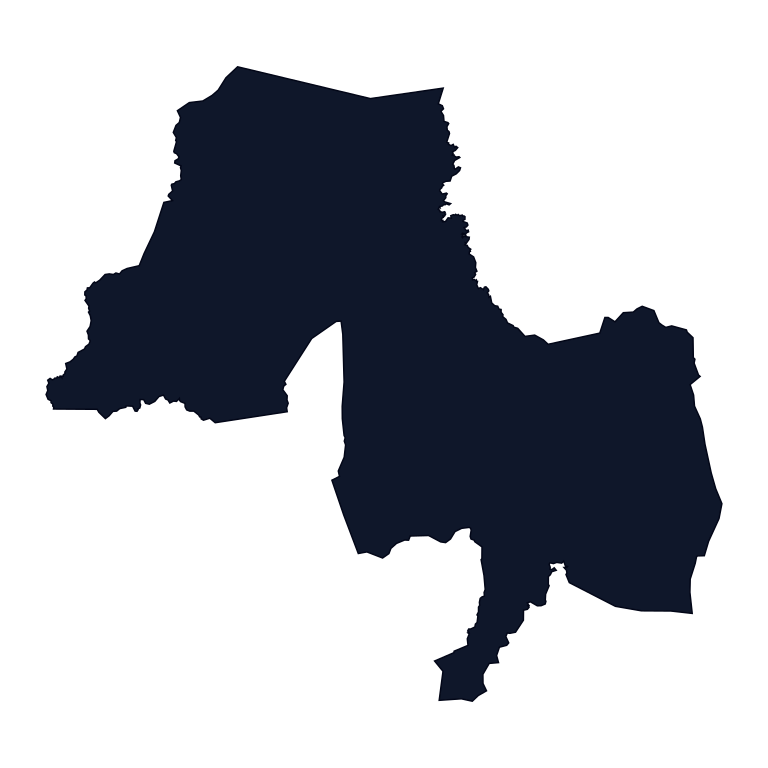 the district of Jasikan, Volta, Ghana
{"feature_id": "2480657B79217814678772", "entity_name": "Jasikan", "entity_type": "district", "adm_level": 2, "iso_a3": "GHA", "parent_name": "Ghana", "parent_adm1": "Volta", "projection": "orthographic", "projection_center": [0.477, 7.375], "detail": "fine", "context": "isolated", "style": "filled", "palette": "ink", "viewbox_px": 768, "rotation_deg": 0, "n_neighbors": 0, "source": "geoboundaries", "source_scale": "gbopen_adm2", "svg_char_len": 6063}
<svg xmlns="http://www.w3.org/2000/svg" viewBox="0 0 768 768"><path d="M237.6,66.8L226.0,77.7L218.2,90.1L212.1,95.4L202.8,101.0L189.3,102.6L177.4,110.7L180.5,117.4L179.3,122.5L176.0,125.4L173.3,132.4L176.4,137.6L175.7,140.5L176.5,141.7L173.8,151.3L174.3,152.7L176.6,153.7L179.1,157.0L178.0,159.0L175.0,160.7L174.7,163.0L181.1,165.9L180.5,167.6L181.3,170.5L180.7,175.7L181.3,179.5L179.6,180.8L175.9,181.8L174.4,183.6L171.8,184.2L171.3,185.2L172.6,191.0L168.8,194.3L168.2,196.0L172.5,200.6L163.9,202.4L154.4,231.8L144.1,253.5L139.2,265.7L127.1,268.5L122.1,270.8L119.5,274.0L115.9,273.0L113.4,274.5L109.3,273.9L105.1,274.5L99.7,280.2L95.7,282.9L94.5,282.0L93.1,283.1L89.7,287.8L87.4,287.9L87.0,290.0L84.9,291.8L84.8,295.0L85.9,295.6L86.3,298.5L85.0,300.4L89.0,306.1L88.6,308.2L89.6,311.1L88.5,312.1L90.3,315.7L91.2,320.7L90.1,326.5L87.0,331.2L88.4,334.9L88.5,338.9L90.0,340.3L90.0,341.6L88.9,344.2L85.5,346.7L84.5,349.0L78.1,352.4L76.9,356.0L74.9,356.9L73.2,359.3L69.9,361.9L65.7,363.5L66.9,369.0L64.8,372.1L65.2,373.3L63.2,375.1L63.3,376.3L61.6,376.2L61.8,377.7L60.1,376.1L59.3,377.6L57.3,376.8L56.8,378.0L54.6,378.2L53.8,379.3L52.3,379.8L50.1,378.4L47.7,380.2L48.9,383.2L46.9,386.6L47.8,390.5L46.1,394.5L48.1,399.3L51.0,400.7L51.1,402.7L52.9,404.1L52.8,406.1L53.8,407.2L53.5,409.0L97.2,409.3L98.9,412.3L105.4,418.6L109.1,415.8L112.9,411.4L116.7,411.1L119.7,408.6L125.8,407.3L126.2,405.9L132.6,406.2L135.1,411.1L137.0,411.3L138.1,409.7L137.6,408.9L139.8,408.0L140.6,404.9L139.9,403.0L140.1,399.5L143.7,399.6L145.6,403.3L149.3,404.2L154.8,401.4L159.0,396.5L163.5,395.1L165.6,399.0L168.0,400.0L169.8,403.0L173.5,401.1L176.5,401.4L179.4,398.4L179.6,400.4L180.6,401.6L185.0,403.4L185.1,406.9L186.7,409.9L189.7,411.1L193.8,411.1L198.7,415.0L199.7,416.9L201.2,417.3L201.1,418.8L203.5,420.2L209.8,418.2L215.2,422.7L287.2,411.7L286.6,407.8L288.2,403.2L287.0,400.0L287.2,395.7L282.8,389.7L283.7,386.2L285.9,384.3L284.3,381.3L311.7,338.5L336.2,321.4L341.1,321.1L342.8,334.4L344.1,382.0L342.2,406.3L342.3,418.7L344.1,435.5L345.2,437.7L344.3,441.1L345.6,444.9L344.2,457.2L338.3,471.0L339.5,476.4L331.9,480.2L343.7,514.9L358.3,553.5L366.9,551.9L382.6,558.0L388.9,553.6L390.9,548.4L396.5,543.4L404.7,540.0L408.6,540.2L410.2,536.0L428.6,535.5L440.7,541.9L445.6,542.6L450.5,539.0L455.0,531.6L461.7,528.3L469.2,527.4L470.5,528.1L471.2,530.1L470.2,536.4L471.0,539.0L474.1,540.1L474.8,541.7L482.0,546.9L481.9,558.7L481.1,559.6L484.0,575.5L485.2,589.5L484.1,592.5L484.4,596.1L482.0,596.9L480.2,598.4L479.4,602.3L479.7,605.3L478.5,607.1L478.5,611.9L477.0,614.9L477.9,616.0L477.1,622.5L475.4,624.1L474.9,627.0L470.7,629.0L468.7,629.0L467.7,631.0L468.8,632.2L467.8,632.8L469.3,633.7L467.3,638.8L468.0,645.4L454.1,651.2L453.9,652.7L434.6,661.0L443.0,671.3L439.2,700.3L461.4,698.8L472.3,701.2L478.3,695.5L486.5,690.8L483.0,683.5L482.9,674.3L489.2,663.4L498.5,662.6L496.6,655.5L499.4,647.2L506.7,645.3L508.7,642.9L505.8,636.5L507.3,633.0L509.9,633.3L515.5,632.2L523.4,620.2L523.5,610.2L527.4,609.3L529.0,607.4L527.2,604.9L529.5,606.3L527.3,602.8L530.4,601.8L537.3,605.8L541.1,605.7L545.2,604.0L545.9,601.3L545.3,600.0L545.6,594.2L549.1,585.7L548.3,584.3L548.4,576.5L550.3,574.8L551.8,571.7L556.2,570.3L554.2,567.8L551.9,569.6L550.0,569.2L550.2,567.2L549.1,564.2L550.1,562.8L553.4,563.6L556.7,562.4L561.7,563.1L563.7,561.1L565.4,566.0L567.6,566.5L567.0,567.4L564.0,567.5L566.5,570.3L566.9,573.1L566.0,574.5L569.3,582.6L615.4,606.3L641.4,610.8L670.9,611.0L692.2,613.4L689.9,592.3L690.2,579.1L695.2,563.4L696.5,556.9L697.4,555.9L704.3,555.7L708.6,541.3L719.0,518.6L721.9,503.7L715.7,488.7L711.2,472.9L705.0,444.3L702.4,427.0L700.3,418.9L694.5,406.1L693.6,395.1L690.1,384.6L700.1,376.4L698.5,375.0L694.1,363.1L694.9,359.2L693.3,357.6L693.0,337.7L687.2,332.2L686.4,329.9L671.7,325.9L665.8,327.4L662.0,325.1L658.9,322.7L653.9,310.6L642.2,306.3L637.0,308.9L633.3,312.1L623.3,312.7L615.0,321.8L608.2,317.5L604.9,317.5L599.8,333.1L548.1,344.3L543.4,339.9L534.7,335.1L525.0,336.4L517.7,328.3L513.9,327.2L513.1,325.6L507.5,322.9L506.0,319.4L502.7,316.6L503.0,314.7L501.1,312.3L501.1,309.5L499.0,309.1L497.7,306.2L494.7,305.7L491.7,302.9L490.4,296.3L489.0,297.3L488.6,294.6L487.3,292.8L488.8,290.9L488.3,289.3L485.9,286.8L484.4,287.2L483.4,289.6L480.4,287.7L478.4,288.6L476.7,284.7L477.5,281.4L476.6,281.3L476.4,280.1L475.8,280.7L474.5,279.5L472.6,279.8L472.3,277.7L473.8,277.4L475.6,274.5L474.7,272.6L476.9,271.2L475.4,267.5L475.8,262.7L473.6,256.9L469.2,254.0L469.4,251.8L470.4,251.3L469.9,249.9L470.7,249.2L468.2,247.5L467.2,245.4L464.9,244.8L465.7,243.8L465.3,242.7L466.4,243.1L469.0,239.4L469.3,237.2L464.9,236.5L465.7,235.7L465.1,235.5L462.5,237.8L461.9,236.9L463.2,236.1L462.7,234.6L461.6,234.1L462.4,233.2L463.7,233.5L463.0,234.4L464.7,234.1L465.3,235.0L466.3,233.0L468.6,231.8L468.2,230.1L466.3,230.7L464.1,227.5L466.4,226.9L467.9,225.1L467.2,223.0L462.8,221.4L463.2,220.2L464.9,219.4L465.0,216.7L463.9,215.9L462.7,216.3L462.3,215.1L459.5,215.7L458.2,214.5L457.1,215.3L455.6,214.3L454.6,215.1L453.3,214.7L450.8,215.7L451.3,218.2L448.1,217.8L445.5,221.5L442.7,221.8L442.9,220.5L441.4,220.5L441.8,218.2L443.4,217.3L443.0,215.9L444.5,216.1L445.6,214.1L444.7,213.5L445.2,212.3L444.5,211.7L442.5,212.3L439.9,211.6L439.7,210.2L438.2,209.3L439.0,207.7L440.1,207.9L439.6,206.5L442.5,205.9L443.7,204.5L445.0,204.8L446.3,203.8L449.1,204.9L450.6,203.6L444.5,201.8L443.4,200.7L445.8,197.7L445.8,195.7L447.2,193.8L446.4,193.1L442.3,194.1L439.8,190.8L439.8,189.6L441.9,187.6L441.7,186.8L443.7,185.2L442.4,184.0L442.9,182.7L445.9,181.3L450.1,181.0L451.7,176.2L456.3,173.8L459.6,170.5L460.5,167.8L458.4,166.9L455.2,169.2L454.4,168.6L453.9,165.4L452.7,164.3L454.6,160.5L459.8,157.5L459.0,156.7L456.3,157.1L454.2,155.9L454.0,154.9L452.4,155.1L453.1,153.4L452.5,151.8L455.3,150.4L457.7,147.6L456.0,146.3L454.6,147.4L453.2,144.4L451.0,145.6L448.4,144.3L448.7,143.0L446.7,142.2L449.5,133.5L449.0,131.6L447.3,130.2L446.9,126.7L448.7,123.6L447.9,122.6L444.0,121.4L443.5,115.5L440.9,111.3L443.5,108.8L442.3,105.7L438.3,103.8L443.2,88.1L370.4,98.6L237.6,66.8Z" fill="#0f172a" stroke="#020617" stroke-width="1.5"/></svg>